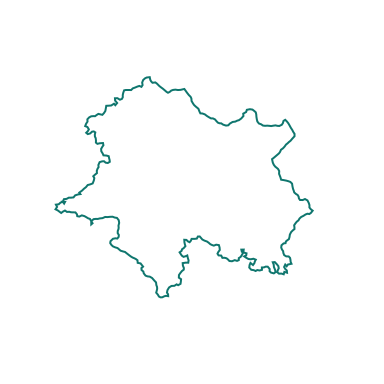 outline of Andrelândia, Minas Gerais, Brazil, rotated 232°
{"feature_id": "56859067B65211314111739", "entity_name": "Andrelândia", "entity_type": "district", "adm_level": 2, "iso_a3": "BRA", "parent_name": "Brazil", "parent_adm1": "Minas Gerais", "projection": "orthographic", "projection_center": [-44.286, -21.735], "detail": "fine", "context": "isolated", "style": "outline", "palette": "teal", "viewbox_px": 384, "rotation_deg": 232, "n_neighbors": 0, "source": "geoboundaries", "source_scale": "gbopen_adm2", "svg_char_len": 5996}
<svg xmlns="http://www.w3.org/2000/svg" viewBox="0 0 384 384"><g transform="rotate(232 192 192)"><path d="M263.9,84.1L264.6,81.8L264.4,79.4L265.8,77.0L263.3,76.5L262.4,73.8L260.1,74.9L257.8,75.5L256.0,76.0L256.0,78.2L255.6,80.5L253.3,81.2L251.9,83.2L250.6,84.1L249.3,85.6L247.7,87.6L245.2,87.6L243.6,86.7L242.0,88.1L241.4,90.8L239.2,92.4L237.0,93.3L235.3,93.9L233.6,95.0L231.0,94.6L231.2,97.7L230.0,99.7L228.8,101.1L228.0,103.0L226.5,105.4L225.8,108.2L224.3,109.9L223.0,112.0L221.4,114.2L219.4,115.4L217.8,116.9L214.9,116.9L212.5,115.6L210.7,113.3L209.1,112.3L208.0,111.2L207.0,109.5L205.3,108.1L203.2,107.9L201.8,106.6L201.3,104.5L202.7,103.1L203.8,100.9L203.4,97.5L202.1,96.1L200.1,95.9L197.9,96.2L195.8,97.3L193.7,98.8L189.7,99.6L187.4,101.2L186.0,102.3L183.9,102.8L180.7,103.6L178.9,104.1L177.0,104.8L175.2,105.8L173.7,106.5L171.8,107.0L169.6,105.6L167.4,107.5L165.3,107.5L163.3,107.5L163.2,105.3L161.5,104.2L159.3,104.7L157.6,103.9L154.7,103.9L152.9,105.0L151.3,106.6L148.8,107.6L146.9,107.7L145.0,107.8L142.9,108.0L140.6,106.6L138.7,106.0L137.1,104.9L135.9,103.4L134.7,101.8L132.2,101.9L130.0,101.6L128.4,102.3L127.3,103.8L126.9,105.9L126.2,107.6L124.6,109.1L126.2,110.2L128.1,110.3L129.8,112.3L130.9,115.2L130.6,118.0L128.9,120.4L128.7,123.0L127.1,123.7L126.7,126.4L128.1,127.9L130.0,129.7L132.6,128.9L134.6,130.6L135.3,132.8L135.9,135.3L135.9,137.7L137.1,138.8L139.6,139.5L141.7,140.9L140.1,143.7L138.6,145.5L140.2,147.2L142.6,148.1L144.9,149.2L145.3,147.5L146.1,145.4L148.1,144.8L149.8,144.9L152.1,145.1L152.0,147.5L153.0,148.9L152.9,151.0L153.4,153.5L155.0,154.1L156.9,155.0L159.1,156.5L157.7,158.1L155.5,158.4L153.9,159.2L154.3,161.1L155.3,162.8L153.6,165.0L152.3,167.1L153.3,169.2L152.2,170.7L150.4,170.8L148.2,170.9L146.0,171.9L143.8,173.3L141.8,173.9L139.6,174.3L137.8,175.2L136.3,176.2L135.6,178.6L133.6,180.5L131.2,179.5L129.2,178.2L128.5,175.7L127.7,174.1L125.7,173.9L123.9,175.9L121.4,175.4L120.1,177.2L118.5,178.4L116.8,178.8L114.6,179.0L112.8,180.9L112.0,183.7L110.0,185.1L109.5,186.9L111.1,188.2L110.9,190.3L111.6,192.4L112.8,195.3L110.1,197.2L108.7,195.7L109.1,193.5L106.9,194.2L104.5,195.2L102.8,196.9L101.6,199.3L99.4,200.6L98.6,198.8L97.5,197.3L96.9,195.1L100.1,194.4L99.0,192.4L97.2,190.6L94.2,190.8L92.5,192.5L90.6,193.5L90.3,195.4L88.5,197.0L87.6,199.2L89.5,200.6L88.3,202.3L87.8,204.2L86.5,205.7L83.5,205.8L81.8,204.4L79.9,204.6L77.5,206.4L77.4,208.4L79.3,209.5L82.5,210.4L84.5,211.7L86.9,212.4L85.8,214.1L82.5,214.4L80.4,214.4L78.5,213.4L77.4,211.2L76.2,209.8L74.1,210.3L72.5,212.4L70.7,213.6L72.2,215.6L69.9,217.2L71.8,218.4L74.0,218.1L76.2,218.4L77.4,220.8L75.2,220.9L75.8,222.9L74.2,226.2L76.2,226.7L77.9,227.8L79.7,228.7L81.7,228.5L83.3,226.6L85.5,225.8L87.6,226.4L89.3,227.4L91.3,227.5L93.3,228.1L94.9,229.7L95.1,232.5L94.1,234.2L95.2,235.5L95.3,237.4L95.2,239.3L96.4,241.0L98.2,242.9L99.4,245.5L99.7,248.0L99.7,249.9L101.1,251.0L102.9,252.0L103.6,254.2L104.1,256.3L104.1,258.4L104.9,260.4L105.1,262.7L104.6,265.1L104.4,267.6L103.8,269.6L102.4,270.9L102.3,272.8L103.0,275.6L105.3,275.0L107.5,275.0L109.4,276.5L111.6,277.3L114.3,277.8L116.9,276.7L117.5,274.3L119.2,272.2L121.1,272.3L122.8,273.2L124.6,273.4L126.5,272.7L128.7,272.3L130.5,273.0L132.4,273.6L134.5,274.6L137.0,276.0L139.4,275.7L141.0,274.7L142.8,273.4L144.9,271.6L146.8,269.8L149.3,270.8L152.7,271.8L154.8,273.6L157.1,274.0L159.1,273.6L160.7,273.2L163.1,273.2L165.5,273.8L168.6,275.3L168.6,277.7L168.7,280.0L168.8,282.4L168.9,284.4L169.4,286.1L170.5,288.1L170.4,290.6L170.8,293.0L171.5,295.3L171.5,297.2L171.7,299.0L171.7,301.2L172.3,304.0L172.8,307.1L174.7,308.6L177.1,308.8L179.1,309.2L181.7,309.4L184.6,309.9L186.8,310.2L189.1,310.2L191.5,309.9L191.7,307.9L190.3,306.0L189.7,304.1L190.3,301.4L191.6,300.0L193.1,298.8L194.2,296.9L195.2,295.0L196.6,293.6L197.9,292.2L199.2,290.3L200.7,288.8L202.7,288.2L204.8,286.9L207.3,286.9L209.3,287.8L211.5,289.0L213.6,290.4L215.5,291.3L217.3,291.0L219.7,290.4L221.6,288.6L223.0,285.8L221.7,283.9L222.2,280.6L220.2,279.3L219.6,276.0L219.7,273.2L220.4,271.5L220.8,269.5L222.2,267.1L222.6,263.9L222.2,261.7L223.4,259.7L225.9,258.0L228.1,257.3L229.2,256.0L230.7,255.1L232.7,254.9L235.1,254.8L237.1,253.8L238.3,252.3L240.2,251.5L242.6,250.6L245.3,249.9L247.5,248.5L248.8,247.0L250.7,247.4L253.7,248.3L256.8,247.6L259.2,247.2L261.1,247.3L264.0,247.7L266.1,249.1L267.9,249.5L270.3,249.2L273.3,249.2L275.6,249.3L277.9,249.4L278.7,247.7L279.5,245.9L281.0,243.7L282.9,241.9L284.1,239.9L284.7,238.1L284.6,236.0L285.0,234.2L286.5,233.6L289.1,233.1L291.5,232.6L293.2,232.1L295.6,231.5L299.0,231.1L300.9,230.6L302.4,228.1L304.4,227.9L306.1,228.2L308.5,229.4L310.1,226.8L310.5,225.0L310.3,222.4L308.9,220.1L306.7,218.9L306.0,216.9L308.0,215.8L308.7,213.9L309.4,211.3L310.1,209.2L309.8,206.8L311.3,205.0L313.1,202.7L313.9,201.1L312.5,198.9L311.0,197.1L309.3,195.8L308.5,194.1L309.1,192.0L311.8,191.0L313.3,189.0L311.4,187.7L308.2,187.8L307.6,185.0L309.6,184.9L309.9,181.6L311.3,179.5L312.7,177.5L310.8,175.4L309.2,173.6L308.4,171.2L308.0,168.9L309.7,167.5L311.2,166.3L311.4,164.0L311.4,162.3L312.5,161.0L313.7,159.2L314.1,156.9L313.7,154.3L311.8,153.0L311.0,150.6L309.7,148.4L307.6,149.6L304.9,149.3L304.1,147.4L303.8,145.1L301.8,145.5L300.8,147.9L301.1,150.3L300.2,151.9L298.5,152.5L297.0,150.7L295.4,149.6L293.8,149.3L291.8,148.1L290.1,146.7L288.2,147.1L287.2,149.3L285.4,152.0L283.4,151.0L282.8,149.1L281.9,146.9L279.9,145.6L277.2,145.3L275.4,144.8L273.4,147.0L271.5,148.4L269.7,147.5L268.0,146.8L266.4,145.8L266.7,143.5L268.3,142.0L270.4,141.6L271.5,140.0L272.4,137.6L270.9,134.8L269.1,133.7L268.5,131.9L267.3,130.0L265.4,128.7L265.4,126.5L265.2,123.9L263.1,123.6L261.5,121.7L259.9,119.0L260.7,116.4L261.7,114.1L261.1,111.4L261.1,108.9L260.8,106.3L260.9,102.8L259.1,102.7L260.2,100.8L261.3,97.9L260.7,95.3L262.0,93.2L263.4,91.4L263.8,88.9L265.2,86.7L263.9,84.1ZM112.8,195.3L114.2,194.5L116.2,195.4L114.8,197.3L112.8,195.3ZM263.9,84.1L262.4,85.9L261.6,84.1L263.9,84.1ZM231.0,94.6L228.5,92.7L228.6,94.4L231.0,94.6Z" fill="none" stroke="#0f766e" stroke-width="2"/></g></svg>